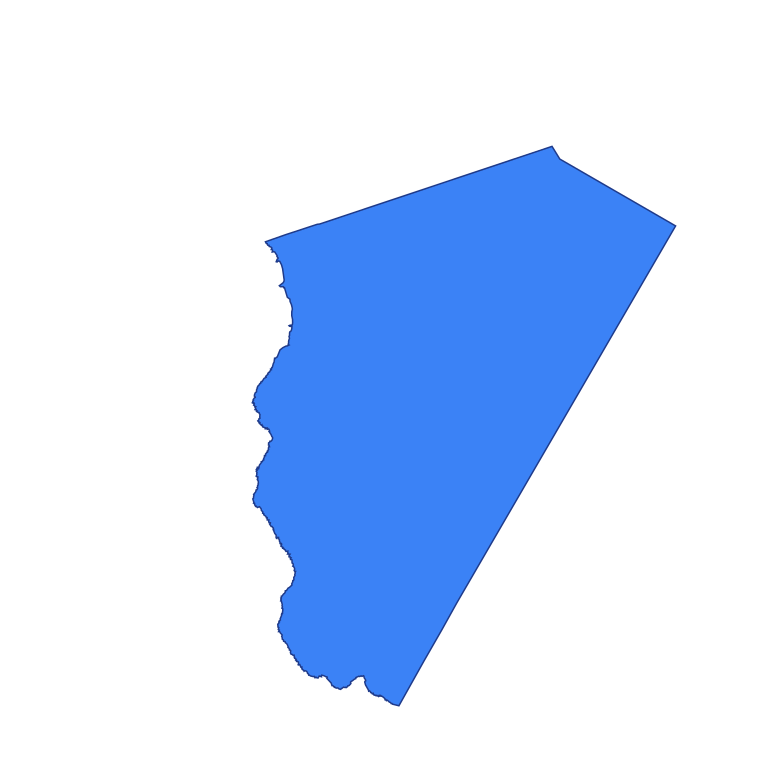 outline of Palauli West, Palauli, Samoa, rotated 30°
{"feature_id": "51752279B21529413324120", "entity_name": "Palauli West", "entity_type": "district", "adm_level": 2, "iso_a3": "WSM", "parent_name": "Samoa", "parent_adm1": "Palauli", "projection": "natural_earth1", "projection_center": [-172.564, -13.715], "detail": "fine", "context": "isolated", "style": "filled", "palette": "blue", "viewbox_px": 768, "rotation_deg": 30, "n_neighbors": 0, "source": "geoboundaries", "source_scale": "gbopen_adm2", "svg_char_len": 6169}
<svg xmlns="http://www.w3.org/2000/svg" viewBox="0 0 768 768"><g transform="rotate(30 384 384)"><path d="M423.8,101.3L410.7,94.2L248.2,277.7L246.3,279.1L224.2,303.8L210.2,320.1L211.5,321.0L212.7,320.8L213.1,321.5L214.1,321.9L215.2,321.4L215.8,322.3L217.4,321.9L218.9,322.3L219.1,323.9L219.9,323.5L220.6,323.8L221.2,325.6L222.3,324.6L223.4,324.3L227.3,326.3L227.5,327.1L229.3,327.8L229.5,328.6L229.1,329.4L229.5,332.0L230.4,331.8L231.0,330.3L232.4,329.9L235.6,332.0L238.5,334.8L245.5,343.8L246.0,345.1L246.0,346.8L244.2,351.2L245.6,351.6L248.1,350.1L249.4,350.8L249.7,350.4L256.9,357.2L260.1,357.6L261.4,359.5L264.1,361.5L266.3,363.8L267.2,365.0L268.0,367.5L269.9,370.9L272.5,373.8L274.2,376.6L274.9,378.2L274.9,378.9L273.2,380.1L272.6,381.0L273.4,381.2L275.5,380.3L276.4,382.0L276.9,383.7L276.9,385.1L276.4,385.7L276.6,386.9L277.9,389.2L277.9,390.2L279.3,391.7L279.7,393.8L280.2,395.1L280.8,396.0L281.2,397.6L282.3,397.7L281.2,399.4L280.2,400.1L278.3,403.0L276.9,406.4L278.0,414.0L277.5,414.7L277.0,416.5L276.4,416.5L277.9,420.1L277.9,421.5L279.0,425.6L278.6,425.9L278.8,427.1L278.4,427.7L279.3,428.0L278.8,428.7L278.9,431.1L278.2,431.7L278.2,433.2L278.6,433.4L277.8,436.3L278.5,437.0L277.9,437.3L278.0,438.2L277.3,439.2L277.2,443.0L276.5,443.2L276.4,444.4L276.9,445.1L276.2,446.1L276.3,447.3L275.8,449.0L276.1,450.8L276.4,450.9L276.5,452.7L277.5,454.5L276.9,456.0L277.3,458.4L277.9,459.4L278.5,459.3L279.2,460.0L278.7,460.8L278.5,462.9L279.1,463.3L278.9,463.9L279.2,465.1L280.3,465.3L279.7,466.1L281.6,466.0L281.7,467.5L282.4,467.4L283.0,467.9L284.3,467.8L284.0,468.7L285.1,469.3L285.1,470.6L286.2,470.1L286.7,470.8L287.5,470.7L287.3,471.4L288.3,471.6L290.1,471.2L290.6,471.9L291.8,472.4L292.9,474.7L293.7,475.6L293.1,476.5L293.5,477.8L293.1,479.0L294.0,479.4L294.9,479.3L295.1,480.0L295.9,479.5L296.3,480.5L298.2,481.0L298.6,480.3L299.2,481.1L299.8,480.9L300.4,481.8L303.0,481.3L303.5,482.2L304.2,481.8L304.2,480.9L305.0,480.4L305.7,481.5L306.5,480.7L307.0,480.7L308.2,481.7L308.2,482.7L308.9,482.6L309.1,483.1L311.4,484.2L313.2,485.6L314.1,485.9L314.6,486.5L315.1,488.4L314.7,490.1L313.8,490.6L314.1,491.6L313.5,492.7L314.5,494.6L315.0,494.4L316.2,495.6L315.6,496.1L316.0,497.5L316.8,498.3L316.6,499.3L317.0,499.8L316.5,500.4L317.2,501.4L316.6,501.9L316.7,502.8L316.4,503.8L317.2,505.3L316.3,505.8L317.0,507.2L317.1,509.0L317.8,509.8L317.3,510.3L317.4,511.9L316.6,512.6L317.1,513.0L316.7,516.6L317.8,520.2L317.2,520.5L316.5,519.0L315.9,519.5L316.2,519.9L316.2,522.0L317.3,522.1L316.9,523.4L318.3,524.2L318.6,525.3L319.2,526.0L319.4,527.8L320.0,527.9L321.1,527.4L321.4,527.6L321.5,528.8L322.2,529.3L322.1,530.2L323.4,530.7L324.8,532.7L324.8,533.3L325.5,534.3L325.3,535.1L326.1,536.6L325.8,537.1L326.7,537.6L326.8,539.1L326.2,539.6L326.8,541.5L326.3,544.8L326.8,545.0L327.5,547.1L328.1,548.2L327.8,549.1L330.5,551.6L330.6,552.4L331.6,552.1L332.3,553.2L334.0,554.2L334.3,553.7L336.1,554.3L337.5,552.5L340.0,553.5L341.0,554.8L342.9,555.3L343.5,556.6L344.7,556.4L345.3,557.4L347.9,557.7L349.1,558.7L349.7,558.2L350.8,560.1L352.3,559.3L352.5,560.3L353.8,561.6L355.0,561.0L355.3,561.7L355.1,562.6L357.6,563.8L358.2,563.4L360.4,564.2L360.5,565.1L361.0,565.7L361.5,565.5L362.1,566.4L364.2,568.1L365.8,568.6L366.5,569.3L367.2,570.8L368.0,571.4L368.6,569.9L369.4,569.6L369.8,570.8L370.2,570.7L371.5,571.3L371.8,572.2L373.1,573.1L373.7,574.1L374.9,573.4L375.3,573.8L375.2,574.8L375.8,574.7L376.0,576.1L378.1,576.0L378.4,576.9L379.4,576.5L380.1,577.1L381.7,577.1L382.1,577.7L382.9,578.0L384.3,576.9L384.5,577.7L385.5,578.4L385.5,579.5L387.7,578.4L387.6,580.2L388.1,581.1L388.9,580.6L389.4,581.2L390.3,581.0L390.1,581.9L390.8,582.7L391.3,582.3L392.2,582.3L393.9,585.0L394.9,585.0L396.0,586.1L396.1,587.3L396.6,587.1L398.4,588.1L399.2,589.0L399.4,590.4L400.2,590.8L401.1,590.5L401.1,591.5L401.7,592.2L401.9,593.5L402.6,594.3L402.6,596.7L403.7,598.3L403.8,599.4L403.3,599.8L403.9,601.2L404.0,603.2L404.8,604.1L403.8,607.4L403.0,608.7L402.8,611.6L401.9,612.5L402.5,613.5L402.5,615.1L402.0,616.0L401.7,618.7L401.2,619.1L402.1,620.6L401.7,621.0L402.4,621.6L402.5,622.3L403.0,622.5L403.0,623.5L403.7,623.4L406.2,625.9L406.5,627.0L407.3,627.5L407.7,629.2L408.4,629.0L409.3,630.2L410.4,632.8L410.3,633.8L410.8,633.8L410.5,634.9L411.0,635.6L411.5,639.3L412.3,640.2L411.7,641.7L412.3,642.2L411.9,642.7L412.5,643.5L412.1,645.2L413.4,646.9L413.6,647.5L414.7,647.6L415.2,649.5L416.4,649.5L416.5,651.1L417.4,650.6L418.6,651.4L421.0,652.1L421.5,652.7L421.5,653.6L422.8,654.7L423.4,655.8L424.8,655.9L425.7,657.0L427.2,656.6L427.9,657.4L429.3,657.5L430.5,658.0L432.5,659.6L432.6,660.2L433.4,660.2L434.5,660.8L435.1,661.7L435.8,661.4L436.6,661.7L437.3,663.5L438.7,664.5L439.7,664.1L440.9,664.4L441.8,663.8L442.9,665.5L443.3,665.4L443.7,666.2L445.5,666.3L445.6,667.3L446.6,667.1L447.0,668.0L448.5,667.5L448.9,667.6L449.8,668.9L450.0,670.1L450.4,670.1L451.4,669.1L453.6,670.8L454.4,670.2L454.8,671.2L455.5,671.5L455.7,672.0L457.9,672.2L458.4,672.7L458.9,671.8L460.6,671.5L462.0,672.2L462.4,672.8L463.4,672.9L464.4,673.8L465.0,673.4L466.2,673.6L469.0,672.8L469.7,672.1L471.1,672.9L471.6,671.9L472.1,672.2L473.9,671.6L473.9,669.3L476.2,668.8L475.6,668.0L475.6,667.3L478.1,666.6L480.3,666.6L480.9,666.1L481.6,666.5L481.7,667.5L487.8,669.4L489.7,671.2L490.0,670.9L491.3,670.9L491.7,671.3L492.6,670.9L492.9,671.4L494.7,671.2L496.0,670.3L497.5,670.6L499.2,670.1L499.3,669.0L499.7,668.8L500.5,666.8L501.9,666.4L502.4,665.8L503.0,665.9L503.8,664.2L503.6,663.4L504.6,662.5L505.1,660.0L504.1,658.9L504.3,657.9L505.0,656.9L505.9,654.5L506.9,653.2L506.4,652.3L508.3,649.7L509.2,649.5L510.1,648.2L511.1,648.2L512.1,646.9L512.6,647.0L513.8,648.4L515.7,649.3L516.6,650.2L516.2,651.0L516.3,651.7L518.4,653.8L523.5,656.8L524.3,657.7L524.8,657.0L526.3,657.4L526.7,657.9L527.6,657.6L528.8,658.2L529.4,657.3L530.2,658.1L531.1,658.4L531.6,657.9L533.1,658.0L533.4,657.2L535.4,657.4L535.4,656.1L536.2,655.6L536.6,656.3L537.3,655.5L537.7,655.8L538.7,655.4L541.7,655.9L542.9,656.9L543.2,656.4L544.3,657.0L544.4,656.4L545.2,656.2L547.6,656.8L548.9,656.6L550.1,657.2L550.8,656.7L551.5,657.0L557.8,655.2L557.1,603.5L557.0,568.3L556.5,537.1L557.5,101.3L423.8,101.3Z" fill="#3b82f6" stroke="#1e3a8a" stroke-width="1.5"/></g></svg>